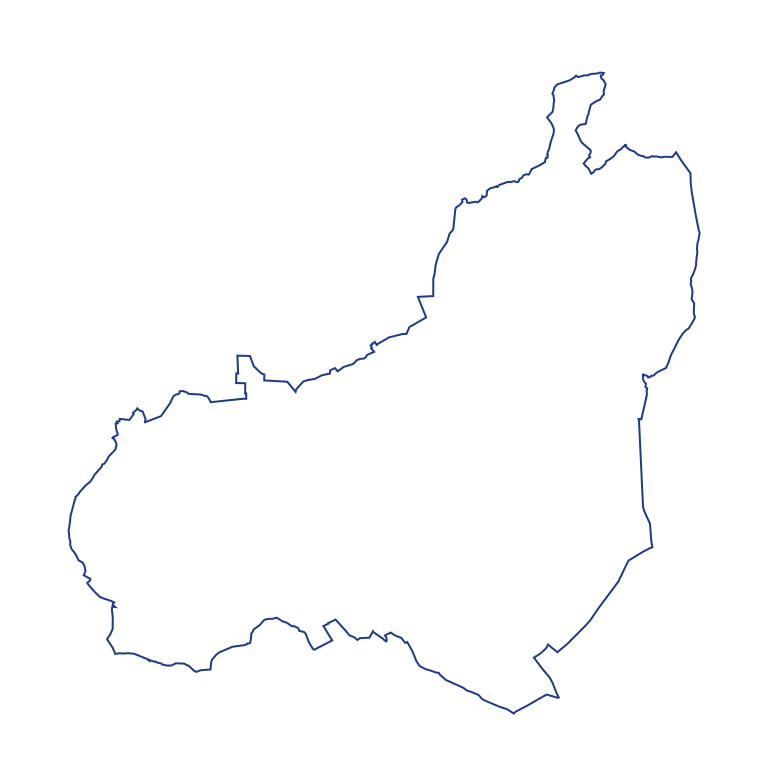 Sibiu, Sibiu, Romania (Equal Earth projection), rotated 183°
{"feature_id": "2599482B24946279921532", "entity_name": "Sibiu", "entity_type": "district", "adm_level": 2, "iso_a3": "ROU", "parent_name": "Romania", "parent_adm1": "Sibiu", "projection": "equal_earth", "projection_center": [24.141, 45.783], "detail": "fine", "context": "isolated", "style": "outline", "palette": "blue", "viewbox_px": 768, "rotation_deg": 183, "n_neighbors": 0, "source": "geoboundaries", "source_scale": "gbopen_adm2", "svg_char_len": 6088}
<svg xmlns="http://www.w3.org/2000/svg" viewBox="0 0 768 768"><g transform="rotate(183 384 384)"><path d="M368.0,434.9L381.3,430.9L391.6,424.2L393.3,422.6L395.2,425.5L397.1,424.2L398.1,423.4L397.8,423.0L399.4,421.8L398.0,419.8L398.8,419.0L395.5,415.6L401.8,412.5L403.0,411.3L403.3,410.0L405.7,408.2L409.0,407.9L412.5,406.3L414.7,403.5L416.1,402.3L425.2,398.9L430.9,394.2L433.8,397.3L438.4,394.9L438.5,391.6L446.4,389.5L453.1,385.6L460.5,383.9L464.7,382.3L470.6,375.1L471.4,373.8L471.9,371.5L480.7,381.2L503.8,381.3L504.0,387.2L507.3,388.3L514.9,394.8L519.3,405.0L531.9,404.6L530.2,386.8L532.1,386.9L531.7,377.2L522.6,377.5L522.2,367.3L521.1,367.4L520.8,362.0L524.6,361.8L556.0,356.8L558.6,361.0L560.1,362.6L562.6,362.8L566.3,363.9L578.5,363.9L580.9,365.5L584.6,366.4L587.6,366.1L587.7,364.4L588.5,363.4L591.4,362.4L593.6,360.8L596.2,354.9L596.2,354.3L605.0,340.3L605.8,339.9L620.6,333.3L620.8,334.1L620.2,336.4L623.6,343.9L627.0,344.9L629.1,346.7L630.2,344.9L633.2,342.1L633.2,341.6L632.4,340.9L636.3,334.8L646.1,335.3L646.2,332.8L648.8,332.5L648.0,330.8L649.9,330.5L649.2,325.5L647.2,319.4L652.1,316.4L652.3,315.7L650.5,315.1L650.0,313.6L648.7,312.0L647.8,308.6L648.5,307.2L648.7,304.6L655.2,297.1L656.3,294.2L658.8,290.3L659.7,289.4L661.3,288.8L661.5,287.1L661.9,286.3L668.7,277.8L669.3,275.9L672.1,271.3L676.6,267.1L681.9,260.6L683.9,257.3L686.2,255.1L686.1,253.3L686.6,252.5L690.1,236.1L690.3,230.2L691.3,220.5L690.8,219.2L690.2,213.7L689.0,210.4L689.0,207.0L687.4,202.9L684.5,199.7L682.1,196.2L679.9,192.1L675.2,189.6L675.0,188.7L673.7,186.8L672.3,181.7L673.8,177.3L667.1,174.0L667.2,172.4L669.8,170.1L669.9,169.4L662.2,161.4L656.9,156.7L653.4,155.3L645.4,153.2L642.0,151.7L643.0,150.6L643.3,149.3L640.8,147.2L643.7,147.3L643.9,144.0L642.9,138.6L642.5,134.2L642.2,125.0L644.7,118.7L647.2,114.9L645.5,112.2L641.1,106.4L638.2,100.3L634.1,101.3L630.1,101.2L625.2,101.8L619.3,101.5L604.7,96.5L604.9,95.9L604.1,95.7L603.6,95.0L602.8,95.8L598.5,94.6L597.5,94.9L596.4,94.1L591.7,93.2L590.9,92.3L586.2,91.5L581.6,91.7L577.2,94.2L568.7,94.3L566.2,92.9L564.4,92.5L559.0,87.9L556.9,86.8L556.0,86.8L552.1,88.6L542.3,89.8L542.1,97.1L541.0,100.1L537.2,105.1L534.2,107.5L521.5,113.7L508.7,116.1L507.2,117.6L506.9,117.3L504.1,118.4L503.5,123.0L503.5,127.9L501.9,130.0L501.4,132.0L495.6,136.6L491.7,141.6L490.0,142.7L486.5,143.5L483.3,143.6L478.9,145.0L472.5,141.5L470.3,141.1L467.3,139.8L463.4,137.3L461.5,137.6L457.3,135.9L456.4,135.0L455.8,133.1L450.8,132.1L449.1,130.5L445.4,122.0L441.2,115.9L440.4,115.1L439.6,115.1L422.3,125.2L431.8,139.1L427.2,141.6L427.5,142.1L420.0,146.2L407.7,133.9L405.6,131.3L400.6,129.6L397.2,127.0L394.9,128.9L385.3,129.9L382.1,136.5L381.5,135.6L371.8,129.6L368.7,127.1L368.0,127.2L367.9,129.0L368.7,131.5L369.9,133.0L364.4,136.1L359.4,133.3L353.6,131.4L349.1,126.5L347.3,127.6L341.8,118.9L337.0,108.7L333.6,104.2L326.9,101.1L324.9,100.9L316.0,98.4L314.2,98.5L313.2,96.9L306.8,91.7L289.0,84.8L285.4,82.3L281.0,81.2L273.5,78.5L269.5,74.6L265.8,72.8L251.6,67.7L243.8,65.6L237.1,61.7L236.4,62.8L234.5,64.2L225.6,69.4L205.4,82.4L194.0,79.7L193.1,80.1L196.0,85.4L200.0,94.3L203.1,99.4L211.0,107.9L220.0,118.6L214.3,122.5L209.0,127.8L207.7,129.5L206.6,132.4L196.8,125.2L187.2,134.2L170.6,152.7L165.7,158.7L158.6,170.5L138.9,200.1L138.5,202.1L137.4,204.2L132.3,216.8L130.5,220.5L116.6,230.0L109.9,234.0L107.5,234.9L109.0,242.0L111.0,258.2L117.6,271.1L118.9,275.0L127.4,360.4L128.0,362.4L125.2,362.2L121.0,386.4L120.9,388.0L121.4,389.9L120.9,393.5L122.5,394.3L122.8,395.0L122.4,398.1L123.9,399.3L125.2,401.6L125.7,403.0L125.9,407.0L125.0,407.0L123.7,406.2L122.8,406.3L121.0,405.5L120.7,404.5L119.5,404.5L117.9,405.5L117.6,406.1L115.2,406.6L112.4,409.5L110.0,411.1L103.3,414.7L101.3,419.7L98.9,427.9L91.8,444.0L88.1,450.2L85.0,453.8L82.7,455.3L77.7,464.7L77.0,466.8L78.4,471.5L78.5,481.1L80.9,484.1L81.3,485.7L80.9,487.4L80.8,492.9L81.8,496.9L82.8,499.1L83.0,500.4L82.5,502.2L83.1,505.0L82.8,506.1L81.1,509.6L79.3,515.4L78.5,519.7L78.7,521.8L78.0,532.6L78.5,535.1L78.4,540.4L77.5,544.6L76.7,551.3L77.8,554.3L81.6,569.3L86.8,592.1L88.2,600.7L89.0,610.5L99.2,623.2L104.4,630.7L108.0,625.8L116.2,625.6L118.6,624.8L124.0,625.5L126.9,625.2L127.7,625.7L131.7,623.9L134.2,623.8L135.5,624.1L136.8,625.2L138.1,625.1L141.3,625.9L142.6,626.4L146.5,629.4L150.7,630.6L154.9,633.7L154.8,635.2L155.4,635.5L155.8,635.4L156.0,634.8L158.4,632.6L159.5,631.0L162.4,629.1L163.9,627.6L166.1,623.9L170.4,620.1L171.4,619.8L172.1,619.0L173.9,618.0L174.5,615.4L178.0,611.6L180.5,609.8L183.1,609.5L184.0,609.0L186.1,606.2L188.0,604.8L191.3,610.2L193.5,611.8L196.2,614.6L192.4,619.8L190.0,621.2L191.0,622.4L191.2,623.1L189.9,625.3L189.8,628.2L197.4,634.0L199.9,636.4L204.6,645.4L205.9,647.1L204.7,649.8L203.1,652.2L200.4,653.5L196.2,654.2L194.7,662.7L193.8,664.2L193.7,666.5L192.0,673.8L187.2,677.3L183.1,679.3L181.0,683.0L179.5,684.6L180.0,688.1L178.4,694.4L178.5,695.3L180.6,698.7L182.9,700.5L183.8,703.1L183.5,703.6L182.3,703.6L181.8,704.1L180.9,706.1L184.7,706.3L187.4,705.2L193.9,704.4L196.7,702.8L200.3,702.7L206.2,700.6L208.2,702.0L208.7,701.8L209.2,700.7L214.5,697.0L226.6,692.3L229.3,689.0L229.9,685.9L231.0,683.1L230.9,682.5L229.9,681.3L228.8,675.2L229.2,674.2L229.3,668.9L229.9,664.6L235.1,658.8L230.4,653.1L228.0,648.4L227.6,646.0L227.7,643.4L230.0,635.1L231.5,626.9L232.5,624.8L232.9,622.3L232.9,621.4L232.5,621.4L232.5,619.0L232.9,618.4L234.0,618.5L234.7,616.0L234.8,614.1L240.6,610.2L247.8,606.4L249.6,602.1L250.5,600.7L252.8,600.9L255.7,599.7L256.9,597.3L258.8,596.2L259.9,595.0L260.0,593.8L260.6,592.8L262.0,592.6L264.7,593.4L268.1,592.3L271.1,592.2L278.7,589.1L279.5,588.6L280.9,586.6L281.6,586.6L282.2,587.4L283.5,586.5L288.1,585.0L291.2,582.3L291.3,577.9L291.6,577.3L293.8,575.7L295.6,576.8L296.1,574.4L298.4,571.6L300.1,570.4L302.2,570.8L308.3,569.3L310.5,569.5L311.2,572.5L312.9,573.7L315.8,572.1L315.1,569.9L318.4,566.1L321.2,564.2L321.9,562.1L322.9,542.7L323.9,540.5L326.3,537.8L328.5,529.1L336.0,516.8L337.9,509.0L338.8,504.3L339.1,497.9L340.3,491.4L339.4,474.4L354.7,472.8L345.4,452.7L361.5,442.3L364.2,435.2L368.0,434.9Z" fill="none" stroke="#1e3a8a" stroke-width="2"/></g></svg>